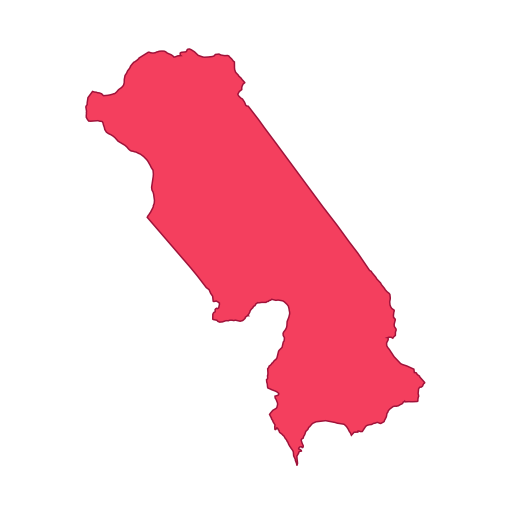 Paraiso, Cartago, Costa Rica, rotated 175°
{"feature_id": "36466004B34064705280782", "entity_name": "Paraiso", "entity_type": "district", "adm_level": 2, "iso_a3": "CRI", "parent_name": "Costa Rica", "parent_adm1": "Cartago", "projection": "orthographic", "projection_center": [-83.78, 9.73], "detail": "fine", "context": "isolated", "style": "filled", "palette": "rose", "viewbox_px": 512, "rotation_deg": 175, "n_neighbors": 0, "source": "geoboundaries", "source_scale": "gbopen_adm2", "svg_char_len": 6029}
<svg xmlns="http://www.w3.org/2000/svg" viewBox="0 0 512 512"><g transform="rotate(175 256 256)"><path d="M404.5,434.2L409.6,428.4L410.9,423.0L410.9,421.7L412.2,420.1L412.5,419.3L412.2,414.9L412.5,413.6L412.5,412.3L412.8,411.1L413.0,409.0L412.0,406.7L410.9,405.0L408.9,404.7L401.6,404.6L400.2,404.0L397.9,403.5L397.5,403.3L397.1,402.6L396.8,401.7L396.6,400.1L395.9,397.4L395.6,395.1L394.2,392.4L392.3,390.8L389.7,389.3L387.7,387.7L386.2,386.2L383.3,382.3L376.9,377.7L375.1,375.8L373.5,373.5L372.2,372.2L371.2,371.5L369.5,371.1L367.9,370.4L366.7,370.1L364.6,368.9L364.5,368.7L362.3,367.6L359.2,364.8L356.5,361.5L355.6,360.1L353.5,355.6L352.6,353.2L351.1,350.4L351.1,346.5L351.5,344.0L354.0,333.6L353.9,330.8L353.0,328.7L352.6,326.5L352.3,320.3L352.8,317.3L353.9,315.1L354.1,313.8L357.5,308.4L358.1,307.9L359.0,306.5L359.9,305.7L361.0,304.0L322.0,249.8L316.1,241.2L308.3,228.9L305.7,226.6L304.4,222.7L302.7,219.7L302.6,214.7L302.0,214.3L299.5,214.6L297.5,213.2L297.1,212.7L296.6,212.5L296.6,211.2L297.7,207.6L298.8,206.9L299.6,207.4L300.6,207.0L301.4,206.2L301.5,204.2L301.9,203.8L302.8,203.5L303.6,202.6L304.1,201.6L304.6,196.9L304.0,196.4L300.6,195.4L299.7,194.2L298.0,193.3L295.1,193.3L291.6,194.2L289.2,193.9L288.3,194.2L287.2,194.3L285.4,194.1L283.7,193.6L282.2,193.9L277.5,192.4L275.1,192.8L274.5,193.1L272.3,194.8L272.0,195.9L269.8,197.2L268.9,197.2L269.4,197.7L268.3,198.8L267.1,200.6L266.5,202.1L265.1,203.6L263.6,204.8L262.9,206.0L261.3,206.7L260.3,208.3L259.1,208.9L258.5,209.4L257.3,209.1L254.3,209.3L250.2,208.9L249.0,209.6L247.7,209.7L246.7,210.5L245.3,210.7L244.1,211.5L240.1,210.1L237.8,210.2L233.3,209.0L231.8,207.9L229.3,205.1L228.2,203.4L227.7,200.6L227.6,198.6L227.4,197.2L227.5,195.5L228.6,192.2L230.7,188.0L231.3,183.8L231.9,181.9L233.1,180.0L235.2,177.7L235.8,176.4L235.8,174.4L234.8,172.1L235.3,169.3L235.9,168.3L236.3,168.0L238.0,162.7L241.1,160.1L241.8,159.2L244.0,152.7L245.4,151.0L245.9,150.9L247.4,149.7L248.6,148.2L249.5,147.8L249.9,147.1L251.2,145.9L252.5,145.2L253.1,143.8L254.2,142.7L254.3,138.3L254.7,136.0L255.0,135.7L255.0,133.6L255.2,132.7L256.3,131.9L256.3,129.6L255.9,127.5L255.9,124.4L255.6,123.4L252.7,121.9L252.6,121.7L248.4,119.7L246.9,118.7L245.4,117.2L245.4,116.4L246.3,115.3L249.3,114.7L249.3,112.9L248.5,111.4L247.4,107.8L247.4,106.3L248.3,103.6L248.7,102.9L249.5,102.3L252.7,100.8L255.3,98.2L256.3,97.0L255.2,94.1L254.8,93.7L254.8,92.7L254.2,91.4L253.7,90.8L253.5,89.5L251.8,86.1L252.2,84.6L252.3,81.8L252.1,81.5L251.6,81.4L250.9,82.0L250.4,82.9L249.7,82.7L249.3,81.8L249.1,81.7L248.9,80.9L248.2,80.1L248.2,79.1L247.7,78.1L245.6,76.2L244.9,75.2L243.8,74.1L242.7,71.6L241.8,70.5L241.0,68.4L240.6,68.0L239.9,65.6L238.8,63.2L238.3,62.5L238.1,61.9L236.5,59.3L235.9,57.7L235.9,53.6L234.6,50.0L234.6,48.9L233.7,45.8L233.5,43.6L232.7,45.8L232.7,49.1L232.8,49.6L232.7,53.1L230.7,55.9L230.6,56.7L230.3,57.0L229.2,57.6L227.8,57.7L227.8,58.3L229.1,59.5L230.3,60.0L230.3,60.6L229.6,61.5L228.9,62.0L227.2,62.0L226.7,61.1L226.2,61.1L225.6,61.8L225.5,63.1L226.0,64.3L226.5,66.0L227.0,68.3L226.9,69.1L225.8,70.1L224.9,70.4L224.3,72.1L223.1,73.7L221.7,76.9L219.5,78.7L218.4,80.7L217.5,81.2L214.9,83.8L214.0,84.4L210.7,85.6L201.0,85.9L191.8,83.3L189.7,82.4L183.6,80.9L182.7,80.5L180.7,78.2L179.4,75.8L178.2,72.8L177.5,71.9L176.6,69.1L173.6,71.9L169.9,71.7L169.8,72.6L169.1,72.7L166.9,71.9L165.4,71.9L161.9,76.3L160.9,77.2L160.0,77.6L158.1,78.0L155.5,78.1L153.5,79.0L151.9,79.1L150.2,79.6L149.3,79.6L146.9,78.4L146.3,78.3L143.1,79.7L142.7,80.1L142.1,81.5L141.6,82.1L140.2,84.4L139.6,86.4L139.4,87.6L138.3,88.9L137.7,90.3L136.0,91.9L132.5,94.1L130.7,94.3L129.3,94.1L127.2,94.4L125.2,95.4L123.3,96.1L122.5,96.8L122.0,97.7L120.8,98.1L120.5,98.4L120.2,97.7L116.6,97.6L113.1,97.2L108.2,97.0L107.4,97.4L107.3,98.7L106.8,100.9L106.2,102.0L106.2,103.3L106.5,104.8L105.6,109.5L104.9,110.4L104.3,111.0L102.8,111.0L101.4,111.9L100.7,113.3L100.0,114.3L99.2,114.7L99.0,115.3L103.3,121.1L103.6,122.1L105.7,123.9L106.4,125.5L107.2,125.9L108.4,126.1L108.6,129.5L115.3,133.3L119.7,135.2L121.3,136.2L127.2,143.6L131.4,151.4L132.7,153.3L133.6,155.3L133.5,158.0L131.8,160.7L131.5,161.8L131.6,163.1L132.0,163.2L130.9,163.5L129.2,163.4L128.5,163.3L126.9,162.2L125.8,163.5L124.1,164.7L123.7,168.0L122.8,170.1L123.0,171.4L124.0,173.0L124.4,174.1L124.3,176.0L122.8,180.3L123.0,181.3L123.7,181.8L123.8,182.4L124.3,182.8L124.3,184.7L123.6,188.0L123.1,189.2L123.1,190.0L125.3,191.9L126.2,193.5L126.8,195.7L126.8,198.7L126.0,201.7L125.9,202.9L126.0,206.0L126.6,207.1L128.6,209.0L130.4,211.4L130.7,212.3L133.6,216.6L134.2,218.2L137.7,222.6L138.5,224.4L142.0,229.4L142.5,230.6L144.1,231.7L154.3,249.9L162.0,262.0L172.5,279.5L185.3,299.5L225.5,365.3L236.5,383.1L241.6,391.7L250.7,405.9L252.0,406.2L253.0,406.9L254.0,410.1L255.6,413.2L256.1,413.8L257.3,414.6L259.2,416.8L260.0,418.5L259.9,419.0L258.3,421.3L255.7,423.0L255.5,425.1L255.1,426.3L253.9,428.4L252.1,429.6L252.1,429.8L254.6,433.1L255.3,434.4L257.5,436.8L257.8,437.6L260.3,440.8L261.0,443.5L261.0,446.1L260.9,446.7L260.6,451.2L261.6,452.1L263.1,454.5L265.0,456.6L265.6,457.6L266.8,458.2L269.6,458.3L271.3,458.7L273.5,459.3L275.3,460.4L278.9,460.3L280.6,458.8L282.4,458.5L286.0,458.4L290.1,458.5L291.4,458.8L296.1,460.9L299.4,464.7L302.5,467.1L304.1,468.0L305.7,468.0L306.5,467.6L307.3,466.1L308.1,465.5L312.7,465.4L313.7,464.9L313.9,464.5L313.9,462.9L314.1,462.7L313.5,462.2L316.5,462.2L318.8,461.5L320.4,461.3L321.4,462.6L323.0,463.9L326.6,465.8L328.3,467.4L329.7,468.1L332.4,468.4L334.7,468.4L336.0,468.0L337.2,467.9L338.6,467.3L340.9,467.1L343.5,467.7L344.2,468.2L345.5,468.4L355.3,463.4L355.6,462.8L357.5,461.4L359.8,460.0L360.8,459.7L362.3,458.3L364.6,455.9L364.6,455.5L365.5,454.1L367.8,451.6L369.0,449.4L370.7,447.3L371.8,443.5L372.2,440.0L373.1,437.7L374.0,436.7L375.2,435.6L378.4,433.7L380.5,431.6L382.1,430.4L383.0,430.0L383.8,430.0L384.7,429.7L387.5,429.2L389.7,429.0L393.6,429.0L393.9,429.0L394.4,429.5L395.7,431.1L396.0,431.1L396.5,431.5L398.1,432.2L399.5,432.4L400.9,433.1L402.6,433.4L404.5,434.2Z" fill="#f43f5e" stroke="#9f1239" stroke-width="1.5"/></g></svg>